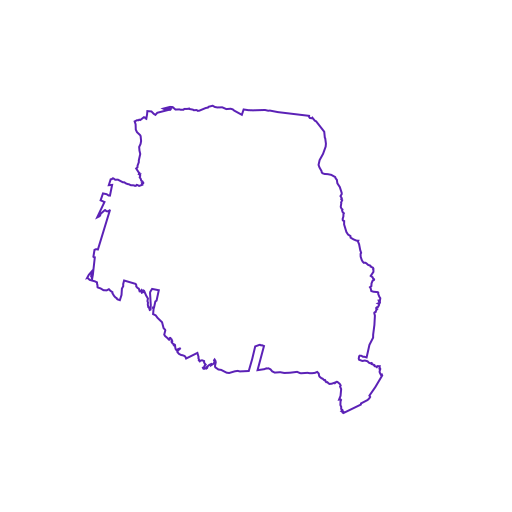 Sapata, Arges, Romania (Equal Earth projection), rotated 316°
{"feature_id": "2599482B9087219169175", "entity_name": "Sapata", "entity_type": "district", "adm_level": 2, "iso_a3": "ROU", "parent_name": "Romania", "parent_adm1": "Arges", "projection": "equal_earth", "projection_center": [24.732, 44.739], "detail": "fine", "context": "isolated", "style": "outline", "palette": "violet", "viewbox_px": 512, "rotation_deg": 316, "n_neighbors": 0, "source": "geoboundaries", "source_scale": "gbopen_adm2", "svg_char_len": 6130}
<svg xmlns="http://www.w3.org/2000/svg" viewBox="0 0 512 512"><g transform="rotate(316 256 256)"><path d="M387.7,218.7L391.4,214.0L392.8,200.9L392.3,199.5L392.6,195.7L391.9,195.8L390.6,194.1L390.9,192.4L391.5,192.0L371.7,167.7L367.0,161.0L365.7,160.0L363.9,157.2L355.1,149.2L351.8,145.8L348.9,142.0L343.9,144.6L341.3,136.2L341.1,134.3L340.0,132.4L336.7,129.7L335.0,125.6L331.4,122.3L329.9,120.2L329.2,117.8L325.5,115.7L324.6,115.9L322.6,114.6L316.2,112.1L314.9,111.1L314.7,109.8L312.5,107.9L312.3,106.9L310.0,103.7L310.2,103.4L308.5,102.3L306.6,100.4L305.4,100.4L303.3,98.3L302.7,97.3L299.8,94.7L299.5,91.0L297.7,89.0L291.7,85.6L292.0,86.4L293.7,87.6L296.8,91.1L295.9,91.3L294.5,90.1L284.5,84.4L281.7,84.6L281.2,82.7L281.2,79.4L278.5,76.3L276.1,78.4L272.4,81.1L272.1,80.2L272.5,79.5L271.8,78.3L267.2,77.8L266.7,76.8L265.7,76.7L264.8,75.7L262.2,74.9L260.9,77.6L257.3,81.6L256.4,84.3L256.6,88.6L256.3,89.6L253.2,93.5L250.8,95.2L247.7,96.4L245.4,99.2L243.6,102.2L238.0,105.9L236.9,107.1L233.6,108.7L232.3,109.9L230.6,109.8L229.7,114.4L229.8,115.2L228.7,115.7L229.5,116.7L228.6,117.0L228.4,117.9L227.0,118.6L226.7,120.4L225.8,122.0L226.1,123.5L225.7,125.2L225.4,125.3L224.5,124.4L223.7,125.8L220.6,124.4L220.0,122.6L219.5,121.9L218.6,122.1L217.7,121.6L217.2,120.3L215.1,118.1L214.4,116.1L213.7,115.2L212.8,113.3L212.5,111.6L211.4,110.4L209.7,105.2L207.7,103.3L207.3,101.1L206.9,100.6L205.9,100.6L204.7,99.9L199.3,102.8L201.9,104.9L192.9,111.1L192.0,110.1L191.5,107.8L189.4,104.7L182.9,108.0L184.5,111.9L168.6,117.9L170.8,118.6L172.0,118.6L173.5,117.7L179.1,118.0L179.4,118.2L179.5,119.8L180.2,120.8L182.1,121.5L183.2,121.3L146.8,141.5L145.7,140.0L144.1,139.4L138.5,143.6L138.6,144.3L139.1,145.0L125.7,156.1L122.5,158.4L122.4,158.0L123.3,157.1L123.3,156.1L125.3,154.6L126.1,154.4L127.1,153.0L122.7,153.4L119.2,154.5L119.6,154.7L119.8,157.7L122.5,162.3L123.3,164.5L122.2,165.8L121.7,166.9L121.1,167.4L120.3,168.5L120.4,168.9L121.7,171.4L122.5,174.6L124.7,177.0L127.1,177.7L127.1,179.9L127.6,182.3L126.9,183.0L126.2,186.0L126.1,188.2L126.5,189.4L126.2,190.1L126.3,191.1L127.4,193.2L132.2,190.6L136.9,186.3L139.5,185.5L141.0,183.9L144.1,182.0L150.0,192.4L149.7,193.7L148.7,194.7L148.6,196.6L149.0,198.1L147.7,200.6L148.0,201.0L149.7,201.0L148.4,203.1L149.8,203.7L150.4,202.6L151.0,202.4L151.3,203.3L149.5,208.1L148.7,211.5L146.6,213.0L145.9,214.5L144.4,215.8L143.0,218.0L143.3,218.5L142.1,221.0L142.9,221.3L146.3,218.1L154.1,209.0L155.1,208.3L158.4,207.5L162.3,213.1L153.5,219.0L152.0,218.8L146.9,222.2L146.2,221.5L145.7,221.9L145.7,222.8L141.6,226.3L142.6,229.0L142.2,232.2L142.4,238.4L139.4,243.7L139.4,245.9L139.1,246.5L135.4,248.8L135.0,250.4L135.4,254.6L135.2,255.0L135.3,255.8L137.2,255.2L137.5,255.5L137.2,256.3L137.4,257.2L136.6,259.2L136.4,259.3L136.0,258.7L135.5,259.2L135.2,261.1L135.8,263.0L134.1,263.3L135.8,263.6L135.8,263.9L134.1,266.1L133.5,267.3L133.4,268.7L135.0,268.8L137.8,269.9L134.7,269.8L133.4,270.0L132.7,270.6L132.6,272.9L133.4,275.3L134.2,276.3L135.1,278.2L135.2,279.4L134.5,281.2L146.5,285.0L144.5,288.8L143.7,289.3L143.0,291.0L142.4,291.3L142.4,292.7L143.1,292.6L144.7,293.5L145.7,295.5L144.6,296.7L144.3,299.2L143.0,299.1L142.2,299.9L140.2,299.5L139.9,300.6L140.4,301.2L141.5,301.4L141.9,302.4L143.1,302.6L143.6,302.3L143.4,301.9L143.6,301.7L146.6,301.9L148.9,302.6L148.9,303.1L148.2,303.5L150.8,304.0L152.9,303.2L153.3,301.9L154.3,301.7L154.0,303.2L153.2,304.5L150.0,306.7L149.4,307.8L150.1,311.5L151.8,313.7L153.8,319.5L155.4,321.5L160.6,324.2L163.0,325.9L164.2,327.8L170.9,333.7L181.8,327.4L192.6,320.5L196.7,322.3L197.2,322.7L197.6,323.9L198.3,324.3L199.2,326.3L177.8,339.2L183.4,343.2L185.4,344.0L185.5,344.4L186.9,345.4L187.7,347.6L187.5,350.2L188.5,352.9L192.7,356.4L195.1,359.8L199.4,363.6L205.1,367.9L206.3,370.8L207.0,371.7L211.9,375.8L213.2,377.6L215.1,379.4L217.2,381.0L219.5,381.9L219.5,384.1L218.2,386.0L217.9,387.0L218.2,389.6L218.7,390.3L218.8,392.6L219.5,393.1L219.4,393.9L218.9,394.5L218.9,395.6L219.7,396.3L219.7,398.0L220.0,399.1L221.8,400.5L225.1,402.0L224.9,402.3L226.5,402.4L227.1,403.1L227.4,406.1L227.0,407.9L225.8,408.3L224.8,410.9L219.7,415.3L216.0,417.0L217.2,417.9L217.2,418.6L215.8,419.3L213.2,421.8L212.5,423.7L211.1,425.1L210.7,426.3L211.2,426.7L211.0,427.2L209.8,427.1L210.5,428.6L209.6,428.8L209.7,429.4L210.3,429.3L210.4,429.9L228.2,435.7L229.1,435.0L236.2,437.1L238.5,437.1L240.2,436.7L240.6,435.2L250.7,433.2L263.8,429.6L264.2,428.6L263.3,428.3L264.1,425.7L264.8,424.8L266.6,423.8L266.5,423.1L267.1,423.2L267.7,421.6L268.4,421.2L267.0,419.7L265.7,419.9L265.6,418.8L264.8,417.7L265.3,416.8L265.0,416.7L264.7,414.9L264.1,414.1L264.2,413.7L264.8,413.4L264.7,413.1L263.8,412.7L263.4,412.0L263.1,411.2L263.1,409.2L261.7,406.8L259.7,405.5L259.3,404.8L258.1,402.2L258.6,401.2L260.5,399.8L261.3,399.7L262.5,401.0L263.0,402.9L263.8,403.5L265.1,405.8L275.9,398.7L283.5,396.1L285.7,393.9L293.2,387.9L300.1,381.5L301.5,379.1L302.3,378.9L303.2,379.4L304.8,378.5L306.2,378.4L305.9,377.4L306.5,376.8L307.6,376.9L308.4,377.4L310.5,376.7L311.2,376.1L310.8,374.9L312.7,375.7L313.2,375.2L312.9,374.1L313.3,373.2L314.4,374.0L316.1,372.7L316.4,371.0L317.6,368.1L318.5,367.3L318.5,366.6L315.6,363.2L314.6,361.3L316.1,358.8L316.3,357.6L318.1,357.8L320.0,356.0L322.6,354.8L324.1,355.2L324.6,355.0L324.8,354.7L324.5,353.8L325.1,352.3L324.7,350.0L329.4,349.0L331.0,347.4L331.1,346.8L331.7,346.6L332.0,345.7L331.1,343.2L331.5,342.7L331.4,341.9L330.5,340.5L330.3,337.8L329.8,336.5L328.8,335.8L328.8,334.2L329.3,332.3L330.8,329.2L332.7,327.1L333.8,326.8L335.1,324.1L338.3,319.2L339.5,316.2L340.1,316.0L339.0,314.8L337.7,311.8L336.8,308.5L337.8,307.2L337.1,304.5L337.7,301.5L341.3,294.5L343.7,292.1L343.2,290.7L344.0,289.6L346.4,288.2L348.0,286.6L348.9,286.3L348.8,284.7L349.5,283.1L350.5,282.6L350.4,281.2L351.1,279.5L354.1,277.2L354.4,276.6L356.8,275.7L356.8,274.3L357.8,274.1L358.4,271.6L360.7,271.0L361.5,270.1L364.2,264.6L365.0,260.3L367.1,257.3L367.2,255.6L367.8,254.2L366.5,249.9L364.5,247.0L362.3,244.6L361.3,242.6L361.4,241.5L362.1,240.5L363.2,236.3L364.3,233.9L368.4,231.2L375.2,229.1L382.1,225.7L384.3,223.8L387.5,219.5L387.7,218.7Z" fill="none" stroke="#5b21b6" stroke-width="2"/></g></svg>